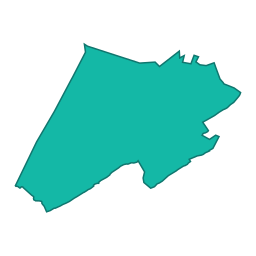 Monroe, West Virginia, United States of America
{"feature_id": "52423323B57461301326035", "entity_name": "Monroe", "entity_type": "district", "adm_level": 2, "iso_a3": "USA", "parent_name": "United States of America", "parent_adm1": "West Virginia", "projection": "equal_earth", "projection_center": [-80.514, 37.552], "detail": "fine", "context": "isolated", "style": "filled", "palette": "teal", "viewbox_px": 256, "rotation_deg": 0, "n_neighbors": 0, "source": "geoboundaries", "source_scale": "gbopen_adm2", "svg_char_len": 1760}
<svg xmlns="http://www.w3.org/2000/svg" viewBox="0 0 256 256"><path d="M240.6,92.6L234.2,88.0L228.8,85.8L225.7,84.6L225.1,84.4L224.3,84.1L224.2,84.1L223.2,82.8L223.2,82.7L220.0,79.0L215.4,66.5L215.4,66.4L214.1,62.8L206.2,65.6L199.9,64.8L195.9,61.9L198.5,56.8L194.1,55.3L190.9,63.8L182.6,62.3L184.2,55.6L179.7,57.9L179.3,51.1L159.5,66.5L155.1,62.1L139.7,63.1L87.5,46.2L84.4,44.2L85.5,52.2L72.5,77.4L71.1,79.9L54.4,111.4L36.6,141.9L15.4,185.7L15.9,186.3L17.2,186.3L18.1,186.7L19.7,188.0L20.4,187.9L21.3,186.8L22.7,186.9L23.1,187.5L31.9,195.4L32.9,196.0L33.8,197.0L33.5,198.3L33.8,199.8L35.9,200.9L36.4,200.8L39.4,200.9L41.6,201.4L41.9,202.3L41.9,203.3L42.3,204.0L44.2,206.3L44.3,206.5L46.6,211.8L50.2,210.6L54.1,208.2L55.3,208.2L57.9,207.0L60.2,206.0L63.0,204.4L65.9,203.2L69.5,201.4L74.3,198.1L76.8,196.7L83.8,192.3L84.1,192.3L86.7,190.7L87.8,189.8L90.5,188.6L93.7,186.1L93.5,185.6L93.5,185.2L94.6,184.3L95.3,183.9L97.4,183.3L98.7,183.3L98.9,182.1L100.8,180.5L106.7,177.3L109.8,174.9L110.2,174.0L111.8,172.4L118.7,167.8L120.4,166.3L123.7,164.6L126.3,164.0L128.0,164.1L130.3,163.2L130.7,162.9L132.1,162.8L133.8,163.0L136.8,162.2L137.4,161.8L138.1,160.8L144.6,171.9L143.1,178.0L143.9,182.5L150.7,188.2L151.7,187.8L154.5,186.7L157.2,183.8L159.3,183.0L162.3,181.1L168.4,175.6L176.5,170.7L177.5,169.8L183.6,166.0L185.1,165.6L187.4,164.3L188.3,163.1L190.5,161.5L189.2,159.3L197.3,155.9L201.5,155.1L203.2,154.4L205.5,152.7L207.6,151.8L209.5,150.9L209.3,150.4L212.9,148.4L219.0,136.6L215.7,135.2L209.5,139.4L202.1,135.3L203.1,133.5L204.2,133.1L205.3,132.9L207.7,131.6L208.4,130.6L202.7,122.2L214.6,115.5L219.0,112.3L223.2,109.7L225.6,108.7L227.3,107.7L230.5,104.6L233.8,102.3L238.9,96.2L239.8,94.8L240.6,92.6Z" fill="#14b8a6" stroke="#0f766e" stroke-width="1.5"/></svg>